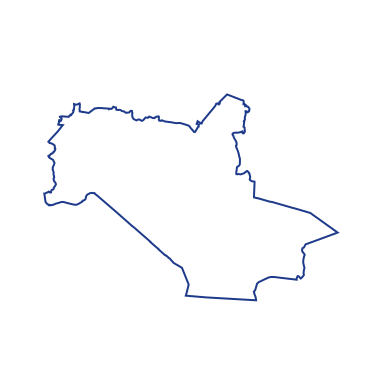 Álvaro Obregón, Michoacán, Mexico (Robinson projection), rotated 102°
{"feature_id": "50627088B69067418356902", "entity_name": "Álvaro Obregón", "entity_type": "district", "adm_level": 2, "iso_a3": "MEX", "parent_name": "Mexico", "parent_adm1": "Michoacán", "projection": "robinson", "projection_center": [-101.043, 19.878], "detail": "fine", "context": "isolated", "style": "outline", "palette": "blue", "viewbox_px": 384, "rotation_deg": 102, "n_neighbors": 0, "source": "geoboundaries", "source_scale": "gbopen_adm2", "svg_char_len": 5974}
<svg xmlns="http://www.w3.org/2000/svg" viewBox="0 0 384 384"><g transform="rotate(102 192 192)"><path d="M223.0,71.0L219.6,70.0L201.4,41.1L187.9,72.0L186.7,87.7L186.6,90.4L185.1,111.6L185.3,114.8L185.2,114.9L184.5,124.9L184.5,126.4L184.4,126.3L184.4,130.2L183.2,130.5L170.2,132.7L169.1,132.9L168.8,133.1L169.0,134.8L169.0,135.6L168.8,136.4L168.4,137.1L168.3,137.7L168.1,137.9L167.6,138.2L165.4,138.1L161.8,139.8L161.8,140.2L161.2,140.6L160.4,141.5L160.1,142.1L160.0,142.6L161.0,143.4L161.7,144.2L162.7,144.8L164.6,147.9L164.7,149.1L164.8,150.5L165.3,151.5L165.3,152.3L165.0,152.5L163.6,152.8L161.2,152.9L158.5,153.2L157.6,152.7L157.4,152.2L156.3,151.4L155.5,151.1L154.8,151.0L152.1,151.5L149.3,152.1L148.6,152.6L144.5,154.5L142.0,155.9L138.9,158.1L137.6,158.6L137.4,158.2L135.5,158.3L133.4,159.3L132.4,160.2L131.2,161.4L129.5,162.7L128.3,163.3L127.6,164.2L127.0,164.4L126.3,164.3L125.6,163.5L125.0,162.2L124.3,159.0L123.2,156.7L122.5,155.9L122.2,155.3L122.5,155.1L123.1,155.0L123.8,154.8L124.0,154.5L123.9,153.7L122.7,153.0L121.4,152.9L120.7,153.3L118.2,153.9L117.2,154.8L117.3,155.1L112.4,155.5L112.2,156.0L111.4,155.9L110.9,155.5L110.1,155.3L109.2,155.6L108.1,155.9L106.0,155.7L103.6,155.8L103.0,156.1L101.8,156.5L101.7,156.4L101.7,156.1L102.0,155.9L102.0,155.6L101.9,155.4L102.0,155.1L102.5,154.6L102.5,154.1L102.2,153.9L101.8,154.0L101.5,153.2L100.8,152.9L100.4,153.1L99.0,153.0L98.2,153.4L97.5,154.4L97.1,154.7L96.9,156.4L96.9,156.7L96.2,156.7L95.9,157.1L95.9,157.6L96.0,157.9L96.3,158.1L95.3,158.4L95.1,158.8L94.9,159.1L95.4,159.3L95.5,159.9L95.2,160.0L94.2,160.0L92.9,160.2L92.2,160.5L91.8,160.9L91.7,162.3L91.8,162.6L89.3,178.0L97.9,183.6L98.7,183.3L98.9,183.9L99.7,183.7L100.1,183.5L100.8,183.9L100.1,185.7L100.7,186.7L101.2,186.7L103.3,187.3L120.5,196.3L122.8,196.8L122.7,197.2L123.0,197.2L123.2,197.4L121.6,201.2L123.2,201.4L124.4,201.6L124.7,199.3L126.5,199.1L126.5,199.4L132.5,201.4L132.9,202.3L129.5,206.8L128.0,208.5L127.7,209.7L127.2,214.7L127.1,216.2L127.0,217.5L127.1,218.8L127.8,221.2L128.1,222.9L128.0,224.7L128.6,233.1L128.6,233.9L128.4,234.7L128.2,235.9L128.6,236.8L128.4,236.9L129.0,237.9L129.0,238.5L128.8,239.1L128.4,239.4L125.2,240.1L125.0,240.5L125.1,240.9L126.0,242.9L126.8,243.7L127.5,243.9L127.7,245.2L127.8,245.6L127.1,249.4L127.2,249.7L127.5,250.0L128.3,250.2L128.6,250.6L128.7,250.8L128.7,252.7L129.1,253.1L131.5,254.4L132.3,255.1L132.8,255.6L132.8,256.0L132.0,258.7L132.5,260.0L133.5,261.2L132.8,264.2L131.5,265.6L129.0,266.6L127.2,266.7L126.0,267.4L125.2,267.6L125.2,267.8L125.4,268.9L127.2,270.0L127.4,270.3L127.9,271.9L128.1,272.5L128.0,272.9L128.2,273.1L128.1,273.8L127.7,274.5L127.3,275.3L127.4,276.5L127.3,277.6L126.8,278.7L126.7,279.2L126.7,280.0L127.0,280.9L127.3,282.9L127.1,283.2L125.1,284.0L125.1,284.3L125.3,285.3L125.0,286.7L127.1,287.7L127.4,288.0L127.6,289.3L128.3,290.4L128.1,290.5L127.7,290.3L128.8,298.4L129.1,299.9L129.5,301.9L130.4,303.7L130.3,304.3L135.3,308.7L136.0,309.2L136.1,309.4L136.2,309.9L136.3,314.3L136.3,314.9L136.6,316.0L136.4,316.2L136.5,318.6L134.1,319.3L132.7,319.3L131.1,319.7L129.8,319.8L128.7,320.4L130.5,322.8L130.7,324.1L130.5,325.7L130.9,325.6L131.5,325.3L132.3,325.0L134.7,324.8L135.8,324.9L136.6,325.1L136.5,324.7L139.0,324.8L141.4,326.1L142.0,326.2L142.4,326.7L142.4,326.9L142.1,327.1L142.5,327.3L142.8,327.7L143.0,327.9L144.1,328.2L144.4,330.1L144.4,330.6L144.7,332.3L144.7,333.0L145.2,335.6L145.7,336.7L145.9,336.9L146.1,336.8L146.3,336.4L146.3,336.1L146.6,335.9L146.7,335.7L146.8,335.2L147.1,335.0L147.4,334.8L148.2,334.7L149.1,334.9L149.6,335.1L149.9,335.3L149.6,335.8L149.3,336.1L149.2,336.5L149.2,336.8L149.4,336.9L150.0,336.6L150.4,336.8L150.8,336.8L151.1,336.6L151.7,336.5L152.5,336.8L153.7,336.9L154.0,336.8L153.4,332.3L160.9,336.0L169.4,341.1L172.7,342.9L173.1,341.9L173.4,341.7L173.7,341.5L173.6,340.8L173.9,338.5L175.0,336.1L177.3,335.2L177.5,335.2L177.8,335.3L178.0,335.3L178.4,334.6L178.7,334.7L179.4,334.7L180.2,334.8L180.7,335.2L181.3,335.3L181.5,335.6L181.5,335.8L182.2,335.8L182.3,335.9L182.8,336.3L183.1,336.8L183.8,337.1L183.9,337.3L184.0,337.9L184.3,338.2L185.9,338.7L186.3,339.8L186.6,340.0L187.8,339.1L188.5,337.6L189.4,334.8L189.6,334.4L190.2,334.1L191.0,333.4L192.3,332.5L193.4,332.7L194.5,332.8L197.0,333.3L197.5,333.3L198.7,332.9L198.9,333.0L199.7,332.4L202.0,331.3L203.7,331.1L205.1,330.3L206.4,329.8L207.2,330.1L207.9,330.2L208.0,330.1L209.0,329.7L209.8,329.3L210.5,328.6L211.0,327.9L211.8,327.2L212.3,326.9L213.0,326.7L215.4,327.5L216.0,328.0L216.3,328.1L217.6,328.0L218.3,328.2L219.1,329.6L219.6,329.7L219.9,329.8L220.9,330.0L221.7,329.8L221.9,330.0L222.0,331.0L221.6,331.4L221.4,332.2L221.8,332.4L223.0,334.2L224.4,335.9L224.4,336.1L231.9,333.3L232.5,332.8L233.4,331.8L234.4,329.8L234.2,329.8L234.2,329.5L234.3,328.8L234.2,328.7L234.1,328.0L234.4,328.0L234.1,327.1L234.2,326.9L234.2,326.7L232.9,324.4L232.0,323.3L231.1,321.7L230.2,319.8L229.3,318.4L228.7,316.8L228.5,315.7L228.8,309.4L228.9,304.9L228.6,302.9L228.2,301.8L226.7,300.0L224.3,297.4L223.6,297.0L223.2,297.1L223.0,296.5L222.2,295.5L221.2,294.8L220.7,294.6L220.0,294.7L218.3,294.7L217.2,294.3L216.4,293.9L215.5,292.9L214.4,291.5L213.9,290.4L213.7,289.9L213.7,288.5L213.3,287.6L213.5,286.9L214.1,286.1L214.3,286.1L214.6,285.1L227.7,261.2L230.7,255.9L237.9,243.2L238.2,242.3L249.3,222.4L249.5,222.5L251.4,219.1L254.9,212.7L255.1,212.7L257.7,208.2L259.3,205.4L259.3,205.2L259.6,204.6L259.4,204.4L260.2,202.8L260.9,201.6L261.3,201.4L261.5,200.9L261.5,200.2L264.6,196.0L265.3,195.0L268.1,186.4L268.6,185.8L283.1,176.1L283.6,176.0L292.1,176.3L294.7,176.5L292.1,155.9L284.6,106.8L281.4,108.0L279.4,109.4L277.7,110.2L276.7,110.8L274.9,109.8L268.2,109.3L266.4,108.1L259.8,99.5L258.7,97.1L258.1,94.2L256.0,71.4L254.8,71.7L253.6,71.5L252.8,71.2L252.4,71.2L252.2,70.5L252.6,69.6L254.0,67.7L252.3,66.4L249.8,65.3L248.3,66.0L245.1,66.3L242.9,66.2L240.7,67.3L238.1,68.5L235.3,69.0L231.8,69.0L230.0,68.7L228.9,69.7L227.7,71.3L226.1,72.3L224.1,72.3L223.0,71.0Z" fill="none" stroke="#1e3a8a" stroke-width="2"/></g></svg>